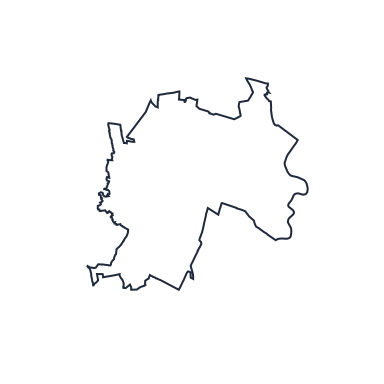 Vanatori, Iasi, Romania, rotated 212°
{"feature_id": "2599482B62135446943489", "entity_name": "Vanatori", "entity_type": "district", "adm_level": 2, "iso_a3": "ROU", "parent_name": "Romania", "parent_adm1": "Iasi", "projection": "equal_earth", "projection_center": [26.772, 47.342], "detail": "fine", "context": "isolated", "style": "outline", "palette": "slate", "viewbox_px": 384, "rotation_deg": 212, "n_neighbors": 0, "source": "geoboundaries", "source_scale": "gbopen_adm2", "svg_char_len": 6038}
<svg xmlns="http://www.w3.org/2000/svg" viewBox="0 0 384 384"><g transform="rotate(212 192 192)"><path d="M275.5,247.8L275.3,245.4L273.6,235.3L276.4,204.2L275.6,204.0L272.5,204.7L271.8,204.7L269.9,205.6L269.2,205.7L267.5,204.0L268.3,203.4L271.1,202.2L273.4,201.4L274.3,200.9L273.1,198.7L274.2,198.4L275.7,197.5L281.6,202.8L283.3,204.9L283.7,205.8L284.7,206.3L284.8,206.5L284.7,206.8L285.2,207.1L286.3,208.3L288.0,210.6L288.5,211.0L295.4,208.1L299.3,206.1L299.0,205.6L298.8,204.7L294.6,200.7L294.6,200.4L294.8,199.9L294.6,199.6L293.4,198.9L293.1,198.6L293.2,198.3L290.1,195.0L290.1,194.9L288.4,194.1L287.4,193.2L286.0,191.0L285.4,190.8L284.7,189.8L284.0,189.4L283.6,188.5L281.2,186.5L280.7,185.3L280.0,185.2L279.0,184.7L278.9,183.3L280.3,182.4L280.5,182.1L280.4,181.7L279.0,179.9L278.2,179.7L277.8,179.1L277.7,177.9L277.2,177.2L276.5,176.7L278.4,175.6L280.7,174.6L280.6,174.2L280.2,173.9L279.0,173.2L278.4,170.8L278.3,169.7L277.4,167.1L276.2,165.6L275.7,164.5L273.3,164.3L272.0,162.6L269.7,160.2L272.0,159.7L272.0,159.3L271.3,157.5L270.1,156.7L268.0,157.1L267.6,155.6L268.1,154.7L267.5,154.4L267.3,152.8L267.0,152.2L267.1,151.6L266.5,150.2L266.6,149.3L267.4,148.6L268.0,148.5L268.1,148.1L268.0,147.9L267.6,148.2L265.7,148.5L264.0,149.2L262.6,148.8L261.0,146.8L260.9,146.5L261.4,145.5L262.3,145.5L262.1,144.9L262.2,144.5L260.6,144.2L262.3,142.6L263.5,142.0L264.1,142.1L264.9,142.0L265.8,142.4L267.3,143.9L269.1,143.6L270.2,141.4L269.3,140.3L268.6,140.7L267.5,140.8L266.3,138.9L265.0,139.1L265.1,137.8L263.2,137.2L263.0,136.8L263.0,136.5L263.6,135.2L264.1,134.5L264.3,134.3L263.1,133.8L262.8,133.5L262.9,132.5L263.7,131.2L264.5,130.4L263.1,127.9L262.3,127.4L261.3,128.1L260.3,127.3L260.2,127.0L259.8,127.1L258.0,128.8L256.4,129.9L256.0,130.4L252.7,129.2L252.5,129.4L252.0,130.3L252.4,131.0L252.1,131.9L251.1,131.7L249.9,131.8L249.1,131.4L248.6,131.5L248.7,131.3L248.3,130.9L246.9,130.2L247.7,128.7L247.9,128.2L247.8,127.8L247.3,127.5L246.7,128.1L244.7,126.6L244.9,126.3L244.7,125.9L243.9,125.8L243.3,125.1L242.0,124.9L241.3,125.6L241.0,124.2L239.3,124.8L238.6,124.1L235.7,126.8L234.4,126.0L232.7,126.2L232.4,125.9L230.9,126.2L230.0,126.0L226.3,126.3L225.1,124.2L224.6,122.9L224.0,119.5L224.3,117.2L224.2,115.7L224.3,114.9L224.2,114.5L224.0,114.4L224.0,113.9L224.3,113.4L224.1,112.5L224.3,111.3L224.2,110.1L224.7,106.8L225.1,106.0L225.7,103.4L224.3,100.8L223.5,98.8L223.6,98.4L223.8,98.1L223.3,95.2L222.5,93.5L223.1,91.5L223.0,89.0L222.3,87.3L222.3,86.5L223.4,85.9L228.6,83.6L233.2,81.0L233.3,80.8L233.3,79.0L233.6,76.7L235.2,75.3L236.3,75.1L238.5,73.9L241.3,73.9L241.2,73.5L240.1,73.0L239.0,73.0L237.8,72.5L237.1,72.1L233.8,68.8L232.9,67.3L232.0,66.5L229.3,63.5L227.7,62.3L225.9,59.8L226.1,60.8L226.1,62.3L225.2,64.9L224.8,67.3L229.1,72.1L224.3,75.0L224.0,74.6L222.8,73.6L222.2,72.6L214.5,79.5L209.9,83.9L209.7,83.3L208.5,82.4L206.8,81.4L204.5,80.6L202.2,79.0L201.1,77.9L200.6,76.5L199.8,75.6L199.7,75.5L200.0,75.1L199.4,74.3L197.4,75.3L195.5,80.6L193.1,79.0L191.8,76.9L187.1,80.0L185.9,83.0L184.9,84.7L183.4,86.4L183.2,87.0L182.7,87.2L182.6,87.8L182.2,88.3L183.5,89.8L184.7,92.1L184.2,92.8L183.6,94.6L182.9,95.3L183.7,99.2L182.8,99.2L180.9,99.5L180.0,99.3L178.6,99.8L176.6,99.7L175.8,100.1L174.7,100.1L172.0,100.6L151.4,102.1L151.7,106.4L152.2,110.2L152.4,112.9L153.5,120.1L153.4,122.4L153.0,122.5L152.2,123.0L150.8,123.0L149.6,121.6L149.0,120.4L148.7,120.0L148.1,119.5L147.7,118.7L145.0,118.9L146.2,120.9L147.8,122.9L151.7,126.6L153.2,127.8L154.0,128.8L154.3,130.8L154.6,134.2L155.2,138.8L155.6,143.8L155.9,145.5L156.1,145.5L156.1,146.7L156.3,148.4L156.1,149.1L156.3,150.0L156.4,152.4L156.7,153.0L157.6,154.1L158.2,154.5L160.0,154.9L160.6,156.0L161.0,157.7L162.1,163.2L162.5,164.4L164.1,169.2L165.4,172.5L167.0,177.4L168.4,180.9L169.0,183.3L170.1,186.8L157.7,186.7L159.5,192.5L160.0,195.0L160.7,197.1L160.9,198.2L160.8,198.4L160.5,198.6L145.9,202.1L145.7,201.8L140.0,203.3L136.4,203.9L136.0,203.6L130.7,201.6L124.4,200.6L121.8,198.2L119.3,196.6L116.5,196.7L110.1,196.2L105.9,196.2L105.4,195.9L95.5,195.5L94.4,197.5L92.8,199.0L91.1,200.2L87.0,202.5L86.2,203.2L85.1,204.6L84.7,205.9L85.2,207.8L86.4,210.4L87.9,212.7L89.0,213.9L94.7,217.2L95.5,218.9L95.8,220.2L95.8,221.2L94.3,226.5L94.3,227.8L94.6,228.5L95.1,229.2L96.8,230.1L102.2,230.7L103.2,231.4L103.7,232.4L103.8,233.8L103.3,237.3L103.5,239.7L104.1,243.4L104.0,243.9L103.5,244.9L102.9,245.9L100.9,247.3L96.7,248.4L95.0,249.8L94.5,250.5L94.3,251.3L94.2,253.0L95.6,256.1L96.4,257.1L99.4,260.0L101.9,261.2L103.0,261.5L110.2,260.5L116.1,258.5L117.0,258.3L118.5,258.5L120.3,259.1L122.2,260.1L127.1,263.6L128.8,265.5L130.3,271.7L130.6,275.1L130.4,277.1L130.0,285.3L129.8,287.1L129.7,289.1L129.9,292.1L154.4,294.2L155.4,293.2L156.3,292.9L157.5,293.0L158.9,293.5L162.6,296.7L164.3,298.4L166.8,301.4L168.5,303.5L169.5,305.4L173.2,310.6L174.7,309.9L176.3,310.7L178.5,311.1L181.7,312.4L182.0,313.0L181.7,313.3L181.4,313.9L180.5,314.1L180.1,314.6L180.4,315.5L180.9,315.8L181.0,316.2L180.2,316.8L179.4,317.1L180.4,317.4L180.6,317.5L180.9,318.2L183.1,319.2L184.0,319.9L184.2,320.3L184.0,320.9L184.0,322.0L184.4,323.2L185.1,324.2L187.0,323.2L195.8,320.8L203.6,318.3L206.3,317.1L204.0,315.6L200.2,313.8L198.5,312.7L196.1,311.1L195.1,310.1L193.3,309.2L193.0,308.7L192.9,304.4L192.8,303.1L192.9,301.9L192.9,299.3L193.3,298.8L199.1,293.7L199.4,293.3L197.9,289.4L195.8,287.5L191.1,282.4L191.5,281.4L194.7,276.1L213.2,271.0L213.5,270.5L214.7,269.0L217.4,268.4L218.2,268.5L218.6,268.1L219.0,267.9L219.7,268.6L220.3,268.6L220.6,268.9L220.9,268.9L229.8,266.5L233.7,267.2L236.4,273.2L238.0,271.9L241.5,271.3L242.6,271.3L242.9,271.1L243.7,271.1L245.4,269.5L245.8,269.3L246.5,268.2L246.5,267.7L245.6,266.1L245.5,264.9L245.8,264.5L246.2,264.5L246.5,264.8L247.0,266.0L252.0,263.5L254.4,268.0L256.0,270.6L258.3,268.5L260.2,266.4L265.5,262.2L268.3,259.5L269.8,258.4L270.9,257.4L271.2,257.1L271.2,256.8L271.9,256.6L271.9,256.3L270.8,254.6L270.1,253.2L270.0,252.5L269.2,251.9L269.1,250.7L268.9,250.3L265.9,245.6L268.3,245.2L273.3,246.4L274.6,247.0L275.5,247.8Z" fill="none" stroke="#1e293b" stroke-width="2"/></g></svg>